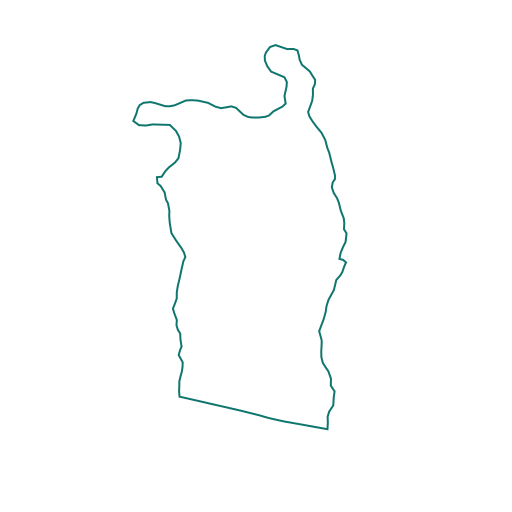 outline of Santa Isabel do Ivaí, Paraná, Brazil, rotated 154°
{"feature_id": "56859067B87953523218993", "entity_name": "Santa Isabel do Ivaí", "entity_type": "district", "adm_level": 2, "iso_a3": "BRA", "parent_name": "Brazil", "parent_adm1": "Paraná", "projection": "robinson", "projection_center": [-53.253, -23.11], "detail": "fine", "context": "isolated", "style": "outline", "palette": "teal", "viewbox_px": 512, "rotation_deg": 154, "n_neighbors": 0, "source": "geoboundaries", "source_scale": "gbopen_adm2", "svg_char_len": 2174}
<svg xmlns="http://www.w3.org/2000/svg" viewBox="0 0 512 512"><g transform="rotate(154 256 256)"><path d="M301.2,436.3L307.1,431.1L303.8,424.9L297.7,421.5L291.3,419.6L276.0,411.6L273.1,403.5L272.8,397.0L274.1,390.6L277.6,384.8L282.8,377.9L287.9,375.5L295.5,373.8L300.5,371.9L306.0,368.6L310.5,370.3L312.7,364.5L311.0,360.7L310.3,353.1L312.2,346.1L312.0,342.0L314.0,334.7L316.6,329.7L318.9,323.9L322.0,313.6L321.1,305.5L319.6,296.0L319.2,290.6L320.0,286.0L323.7,283.0L329.6,275.6L334.1,269.8L339.3,263.5L343.0,258.3L345.9,252.5L350.0,248.5L353.7,245.2L354.6,240.0L355.2,233.2L357.8,228.7L358.6,223.8L358.1,219.6L360.6,213.8L362.6,207.2L365.4,204.8L368.9,200.9L368.5,192.5L370.8,188.3L373.0,185.0L376.5,181.0L379.9,176.9L381.7,173.2L384.5,168.0L386.4,163.1L336.8,123.1L326.1,114.1L323.0,111.5L316.6,105.7L312.9,102.6L303.7,95.3L267.7,69.0L264.6,74.5L262.1,80.1L258.4,84.1L252.0,87.9L248.2,94.7L244.7,99.9L245.6,106.7L242.4,112.9L241.5,120.5L242.2,125.4L242.8,130.6L241.6,136.4L239.1,141.8L236.5,146.4L234.0,151.2L233.2,155.1L232.2,160.7L227.5,165.2L223.7,168.7L218.1,174.9L214.7,179.9L210.1,184.8L200.9,191.3L194.4,199.2L188.3,201.8L185.3,203.9L181.4,207.8L177.9,210.8L179.4,214.3L182.3,216.8L178.5,221.8L173.6,226.1L169.4,229.3L167.1,232.8L164.7,236.7L165.2,241.5L162.3,246.7L160.6,251.4L159.9,259.6L158.2,267.4L157.8,272.4L158.5,278.7L157.7,284.6L154.7,288.6L151.4,290.4L149.7,293.8L148.0,301.4L146.9,307.6L144.9,316.8L144.5,322.0L142.9,329.9L143.1,338.1L145.0,345.9L146.2,352.5L146.8,358.2L146.0,362.6L137.5,370.8L134.1,376.0L131.5,381.5L127.7,384.7L125.6,388.4L126.2,392.8L126.7,398.3L130.9,407.8L130.7,413.4L129.6,417.2L128.6,422.6L131.5,425.6L137.4,428.4L146.0,437.0L151.8,437.7L157.9,434.5L160.5,431.9L162.3,427.8L162.7,421.8L161.6,415.1L152.1,404.2L152.0,398.8L154.4,394.7L160.3,387.3L162.5,380.0L166.6,378.7L176.8,378.4L182.7,376.6L186.6,377.0L192.7,379.2L199.4,382.5L202.3,384.6L205.4,388.4L209.0,397.9L212.6,401.3L216.6,402.4L222.6,404.2L227.0,408.0L231.9,414.6L240.0,421.1L245.2,424.1L250.8,426.5L263.2,427.1L268.4,428.6L272.1,430.6L280.1,438.1L283.6,440.7L290.0,443.0L294.4,442.6L297.7,440.3L301.2,436.3Z" fill="none" stroke="#0f766e" stroke-width="2"/></g></svg>